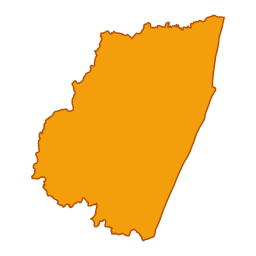 outline of Mahanoro, Atsinanana, Madagascar
{"feature_id": "10022922B42807663031303", "entity_name": "Mahanoro", "entity_type": "district", "adm_level": 2, "iso_a3": "MDG", "parent_name": "Madagascar", "parent_adm1": "Atsinanana", "projection": "mercator", "projection_center": [48.476, -20.043], "detail": "fine", "context": "isolated", "style": "filled", "palette": "amber", "viewbox_px": 256, "rotation_deg": 0, "n_neighbors": 0, "source": "geoboundaries", "source_scale": "gbopen_adm2", "svg_char_len": 5637}
<svg xmlns="http://www.w3.org/2000/svg" viewBox="0 0 256 256"><path d="M153.9,236.4L154.7,234.4L155.4,230.1L159.5,220.8L162.1,213.1L166.9,201.3L170.0,194.0L173.4,186.7L178.1,175.0L183.0,164.4L184.8,160.8L186.7,158.1L190.0,151.6L190.7,149.3L193.7,141.9L196.6,133.3L197.5,131.9L199.5,127.5L203.7,120.6L204.6,118.2L205.4,113.5L207.8,107.4L210.4,99.8L211.7,96.7L214.9,91.3L215.7,89.5L215.3,88.0L212.6,86.7L212.5,83.1L212.9,76.7L215.6,56.6L217.3,49.9L218.1,46.0L218.6,43.0L218.9,38.2L222.0,27.5L224.2,17.5L219.4,16.9L218.6,17.2L217.4,17.0L214.5,15.4L211.8,16.0L211.1,16.7L207.9,17.3L206.1,18.5L205.3,19.5L204.6,21.1L204.1,21.5L202.8,21.5L199.9,20.6L199.2,20.6L198.2,21.7L196.2,21.7L195.0,22.1L194.1,22.0L193.2,23.4L192.4,23.6L191.0,23.7L190.8,23.9L190.6,25.1L191.0,27.2L190.8,27.7L190.4,27.7L189.5,27.3L188.6,27.2L188.0,26.3L187.6,26.5L187.4,27.5L187.1,27.8L183.8,27.1L183.1,28.0L183.3,29.4L182.9,29.9L181.6,29.8L181.4,29.7L181.5,28.8L181.3,28.1L180.6,28.0L179.6,28.4L178.9,27.2L178.4,25.3L178.1,25.4L177.4,26.7L176.5,26.8L176.3,26.4L176.4,26.0L177.1,25.0L176.7,24.7L174.6,26.1L172.5,26.0L171.4,27.4L170.8,27.2L170.3,26.2L169.9,26.3L168.8,27.1L168.1,27.1L167.8,26.9L167.8,26.5L168.8,24.8L168.6,23.8L169.2,22.8L169.1,22.5L167.4,22.7L166.5,23.0L165.5,24.9L165.1,26.7L164.7,27.2L164.1,27.3L163.4,27.0L162.6,27.0L159.6,25.7L157.7,25.7L157.4,26.0L157.3,27.2L157.1,27.5L155.2,27.3L154.2,27.9L152.9,27.5L151.7,27.6L150.6,27.1L150.6,25.4L150.2,23.9L149.0,22.9L148.2,22.7L147.1,23.4L146.2,24.2L145.0,24.2L144.4,24.4L144.0,25.1L143.9,27.2L143.5,28.5L143.1,29.5L141.8,30.9L140.6,33.0L139.5,33.6L137.6,33.7L136.4,33.2L136.1,33.4L135.5,34.4L133.7,36.4L133.2,36.7L132.1,38.5L131.8,38.6L130.8,37.1L128.8,35.7L127.6,34.5L126.4,35.4L124.7,35.3L123.0,34.7L122.5,34.0L122.1,33.9L120.1,33.6L118.6,33.0L117.1,33.2L115.9,33.0L114.9,32.1L113.8,31.6L113.2,32.6L112.8,32.9L111.6,33.0L111.4,34.0L109.8,33.8L109.3,33.1L108.6,31.6L107.7,31.0L106.1,31.6L105.2,32.3L103.8,32.7L103.2,33.2L101.8,33.3L101.2,33.1L101.0,34.4L100.4,36.1L100.5,36.5L101.7,37.4L101.4,38.9L101.8,39.8L101.1,40.9L100.8,41.8L100.3,42.3L99.6,44.1L99.9,45.7L99.7,46.7L99.1,47.9L98.1,48.6L97.4,50.3L95.3,50.8L94.8,51.3L94.9,51.6L96.0,52.5L95.8,53.9L96.8,55.0L97.0,55.6L96.8,55.9L96.2,56.2L96.0,57.1L95.2,58.5L95.0,60.5L94.4,62.3L94.6,65.6L94.0,66.1L93.5,66.2L91.2,65.5L90.8,65.9L90.3,66.9L91.0,69.7L90.3,70.6L89.9,71.7L89.4,72.2L88.1,72.6L86.1,73.5L85.2,75.5L84.0,77.1L82.7,80.7L81.1,82.0L79.0,83.2L77.3,83.2L76.5,82.6L75.9,81.2L75.3,80.9L74.7,81.0L73.3,82.3L72.6,83.4L72.2,83.5L72.2,84.4L73.3,86.4L73.8,88.0L73.8,89.9L74.3,90.9L75.1,91.7L75.2,92.7L74.9,93.8L73.9,95.3L73.6,96.8L72.2,99.9L72.2,103.4L73.0,106.0L73.3,107.6L73.1,110.0L72.2,110.7L69.7,111.2L67.9,110.8L67.3,109.9L66.1,109.0L63.5,109.7L61.6,109.4L60.7,110.2L57.3,111.3L55.6,111.5L54.6,112.0L53.5,113.3L53.1,114.5L51.8,115.9L51.1,116.4L50.4,117.1L49.7,117.4L49.1,118.3L48.9,118.2L48.8,117.9L48.2,118.8L47.6,119.2L47.3,119.0L47.0,119.2L45.6,120.6L45.6,121.5L45.9,122.3L44.6,123.5L44.1,124.5L43.9,125.3L44.6,126.6L44.0,127.1L44.0,128.2L43.8,128.7L43.9,129.5L43.0,130.1L42.7,130.6L42.5,131.4L42.5,133.4L41.9,133.6L41.5,133.4L41.1,133.1L40.8,132.3L40.4,132.3L39.5,133.6L39.3,134.8L39.3,137.1L40.0,138.2L40.0,138.5L39.7,139.3L38.5,141.2L38.4,143.2L38.9,145.3L38.5,146.0L38.5,146.8L39.4,150.6L39.0,151.9L36.4,152.9L35.9,153.6L36.0,155.0L36.7,156.1L37.6,159.2L37.4,162.1L36.8,163.0L34.5,163.9L33.4,166.1L33.4,167.6L33.6,168.1L35.0,168.9L35.0,169.5L34.6,170.9L34.9,172.4L34.7,173.1L33.2,175.6L31.9,176.2L31.8,176.7L32.1,177.1L32.1,178.2L32.3,178.4L33.5,178.6L36.0,178.4L37.0,179.0L37.5,178.6L38.6,178.7L41.0,177.1L41.8,177.0L42.5,177.4L43.9,176.9L45.1,177.8L45.5,178.6L45.7,180.4L45.2,181.2L44.3,181.0L44.0,181.2L43.9,181.6L44.1,182.1L44.1,182.6L44.4,183.0L44.4,183.7L44.9,184.8L44.3,185.4L43.8,184.8L43.6,184.9L43.4,185.6L43.6,186.2L43.0,187.0L43.1,187.4L43.7,187.7L44.0,188.0L44.1,188.6L45.4,189.4L45.5,190.0L46.6,190.7L46.5,191.4L47.1,192.4L47.1,194.1L47.7,195.4L48.3,195.8L48.9,195.5L49.9,195.6L51.6,196.7L52.8,196.9L53.1,197.3L53.4,198.2L53.9,198.6L58.0,200.8L58.3,202.0L57.5,202.7L57.5,203.0L58.3,204.2L60.8,205.3L62.0,205.2L62.4,206.2L63.1,207.0L63.7,207.0L64.2,206.6L64.6,205.6L65.1,205.7L65.9,204.8L66.1,204.4L66.8,204.1L67.4,204.1L68.3,204.9L69.2,204.6L69.5,204.7L69.0,205.9L69.4,206.1L69.6,205.9L70.1,207.3L70.7,207.3L71.0,206.9L71.6,207.3L73.0,205.7L74.2,203.8L76.0,203.2L77.4,201.9L78.8,201.8L79.3,202.0L79.9,202.7L81.1,202.3L82.1,200.2L82.3,199.1L82.8,198.2L83.5,197.9L84.2,198.0L85.4,199.6L86.1,200.2L87.2,202.1L88.1,202.3L88.3,203.2L88.0,205.1L88.4,205.9L90.5,205.8L94.7,204.2L95.2,204.8L95.7,204.6L96.5,203.4L96.8,203.8L97.1,205.7L96.6,206.6L97.0,207.3L96.2,208.7L96.3,209.6L95.6,211.9L95.8,213.5L94.2,216.1L94.1,216.7L91.0,218.9L91.2,219.2L92.5,219.6L94.0,221.4L94.3,222.7L94.4,224.5L94.2,225.5L94.9,226.5L96.7,226.6L97.6,226.0L98.8,224.7L99.8,221.3L100.8,220.9L102.4,221.4L103.8,219.8L104.5,219.6L105.3,220.0L105.6,221.2L105.6,223.7L105.0,225.3L105.1,226.4L107.6,227.0L108.7,226.5L109.3,226.7L110.0,227.7L110.4,227.8L110.8,227.6L111.5,227.7L111.9,228.4L111.2,230.0L111.0,230.9L111.8,231.8L111.6,233.2L111.8,233.8L113.2,234.0L113.8,233.6L114.3,233.9L114.9,233.5L115.7,233.7L115.9,233.3L116.2,233.9L119.2,234.7L119.7,234.3L121.4,234.0L122.7,233.3L124.1,234.4L125.5,235.1L127.1,235.7L128.6,235.8L129.3,235.5L130.5,231.3L132.1,230.0L133.9,229.5L134.6,229.7L135.8,230.4L137.5,232.7L138.8,233.0L139.3,233.4L140.1,235.5L140.6,236.0L141.4,236.5L141.7,237.0L141.9,238.9L142.5,239.2L142.7,240.3L143.1,240.6L143.7,240.6L145.2,239.4L148.3,238.9L149.9,237.9L151.6,237.6L153.9,236.4Z" fill="#f59e0b" stroke="#b45309" stroke-width="1.5"/></svg>